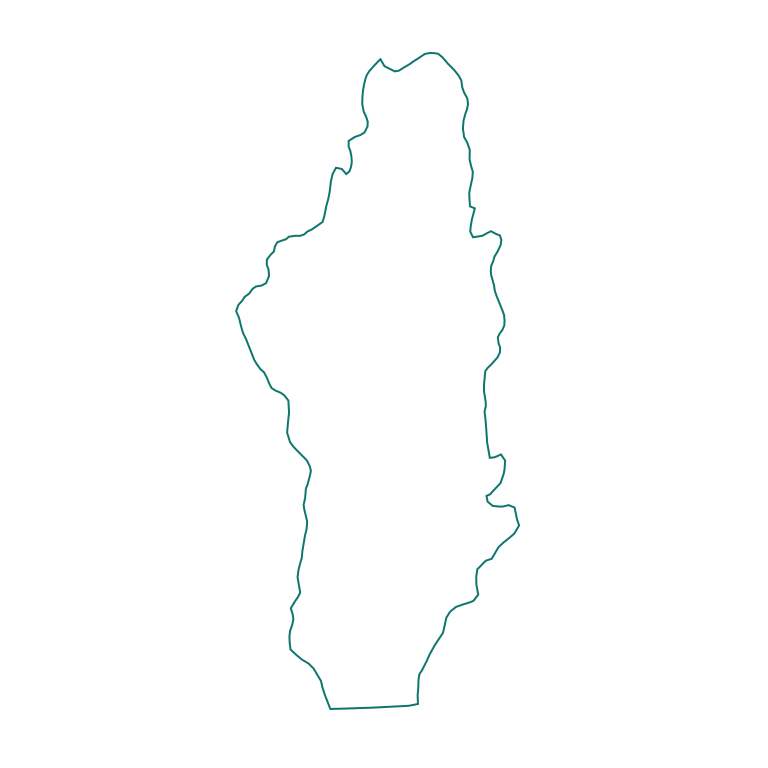 outline of Concórdia do Pará, Pará, Brazil, rotated 352°
{"feature_id": "56859067B40918846221994", "entity_name": "Concórdia do Pará", "entity_type": "district", "adm_level": 2, "iso_a3": "BRA", "parent_name": "Brazil", "parent_adm1": "Pará", "projection": "natural_earth1", "projection_center": [-47.969, -1.877], "detail": "fine", "context": "isolated", "style": "outline", "palette": "teal", "viewbox_px": 768, "rotation_deg": 352, "n_neighbors": 0, "source": "geoboundaries", "source_scale": "gbopen_adm2", "svg_char_len": 3176}
<svg xmlns="http://www.w3.org/2000/svg" viewBox="0 0 768 768"><g transform="rotate(352 384 384)"><path d="M285.6,698.3L297.4,699.7L328.7,703.0L363.7,706.1L373.1,705.6L374.0,696.9L375.6,689.8L377.0,681.8L378.6,676.5L382.5,671.8L385.1,668.0L387.6,664.5L391.6,658.1L398.0,649.6L407.8,638.6L410.9,630.4L413.1,624.3L417.6,618.8L424.2,614.8L430.9,613.4L438.6,612.2L442.5,611.1L448.0,605.7L447.6,595.2L448.5,587.9L450.6,580.5L460.1,573.2L466.4,572.0L472.0,564.9L474.6,561.6L480.2,557.6L485.9,554.3L492.2,550.3L498.1,542.9L496.9,536.3L496.1,524.5L490.6,521.3L484.8,521.9L480.5,521.3L474.6,519.8L470.2,514.8L469.9,509.1L473.7,508.0L480.1,502.7L485.5,498.5L490.0,489.7L491.6,484.8L493.3,476.7L490.0,470.1L483.2,472.0L478.5,471.8L478.0,456.2L478.8,445.5L479.6,433.0L479.7,425.4L481.8,420.0L482.2,415.5L482.0,405.1L482.8,399.3L483.9,394.5L486.1,385.4L489.1,382.3L492.4,380.0L496.3,376.7L500.0,373.6L503.2,368.9L504.1,364.1L503.1,359.4L503.2,353.7L505.5,350.2L508.8,346.9L511.3,342.7L512.2,337.9L512.5,332.3L511.3,326.8L507.8,312.8L506.7,307.2L506.7,301.5L505.3,291.3L505.5,286.8L506.6,282.0L509.4,277.3L511.0,273.4L514.9,268.6L518.8,262.7L520.3,257.7L519.4,253.0L515.7,250.9L511.2,247.6L507.0,249.0L502.2,250.9L492.6,251.1L490.6,245.0L491.8,240.0L493.9,233.4L498.4,222.7L493.9,220.1L494.5,210.9L495.1,206.4L496.5,202.2L500.2,192.2L501.5,186.1L500.6,180.4L500.0,173.6L501.5,164.1L500.0,156.5L497.7,150.6L497.7,142.1L499.4,134.3L502.0,128.2L504.5,123.2L506.2,118.5L506.2,112.6L503.9,106.6L502.8,101.4L502.8,94.1L500.8,88.9L497.3,83.0L491.8,75.6L487.4,68.7L483.6,64.5L479.6,63.3L475.0,62.6L470.2,62.9L462.0,66.9L458.3,68.5L454.0,70.8L448.1,73.2L442.4,75.8L438.2,75.9L434.2,73.2L428.7,69.3L425.7,61.9L422.1,64.5L418.0,67.9L413.1,72.0L410.0,75.6L408.1,79.2L406.1,84.2L404.1,90.3L402.6,96.7L401.4,103.8L401.8,111.4L403.5,117.0L404.4,122.0L403.5,126.7L399.7,132.2L395.5,134.1L389.6,135.3L382.9,138.3L382.0,143.9L383.1,148.4L383.4,154.3L383.0,159.8L381.6,164.3L379.4,168.6L375.9,170.9L372.1,165.2L366.6,163.2L362.4,168.8L359.8,175.4L356.8,186.6L354.5,193.2L351.6,199.8L348.2,209.7L345.7,215.0L341.2,217.3L334.1,220.9L329.7,222.2L325.7,224.8L321.4,225.6L316.9,224.9L310.3,224.9L307.1,227.0L303.2,227.7L298.2,228.7L295.0,232.8L293.5,237.4L289.7,240.2L285.4,244.4L284.5,249.5L285.6,254.9L285.2,261.0L281.3,267.7L276.4,269.5L270.8,269.6L267.2,271.4L263.1,275.7L258.0,278.4L255.4,281.6L250.8,285.4L247.7,291.3L249.6,298.0L250.2,304.1L250.8,309.3L251.6,314.2L253.6,320.2L254.9,325.6L257.0,334.3L258.8,341.9L260.6,346.2L263.7,352.1L266.8,355.7L269.0,361.8L270.3,367.3L272.1,372.4L275.8,375.5L280.5,378.3L283.7,381.4L287.0,387.1L286.0,399.2L284.4,405.2L281.3,418.6L282.9,428.6L285.4,433.2L288.0,436.9L296.9,448.8L299.1,455.2L299.5,459.9L298.1,463.9L294.2,473.1L292.1,476.7L290.1,485.7L287.6,492.5L287.6,497.0L288.8,509.6L287.2,516.7L284.8,522.8L282.8,529.0L279.8,538.5L278.5,544.4L275.9,550.3L273.4,556.4L271.5,563.4L272.0,578.9L269.1,583.1L265.7,586.7L260.5,593.1L261.5,599.5L261.5,604.4L259.5,609.9L256.7,615.3L255.2,620.9L254.5,628.5L254.5,634.0L259.8,640.4L264.5,645.6L270.4,650.3L274.7,656.0L280.3,669.4L280.9,676.5L281.9,682.4L285.6,698.3Z" fill="none" stroke="#0f766e" stroke-width="2"/></g></svg>